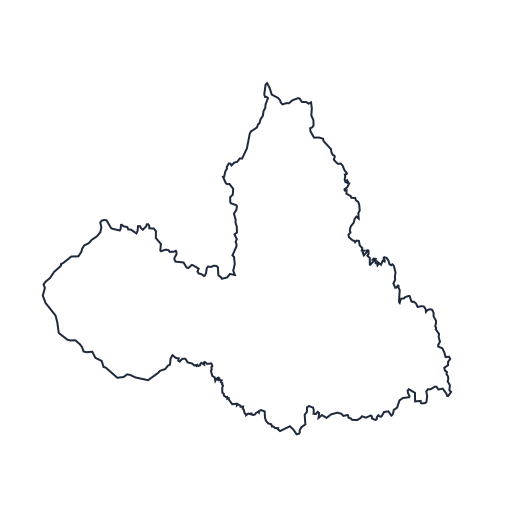 outline of 'Maoa-Mafubelu, Leribe, Lesotho, rotated 186°
{"feature_id": "5366337B41194073686106", "entity_name": "'Maoa-Mafubelu", "entity_type": "district", "adm_level": 2, "iso_a3": "LSO", "parent_name": "Lesotho", "parent_adm1": "Leribe", "projection": "equal_earth", "projection_center": [28.202, -28.958], "detail": "fine", "context": "isolated", "style": "outline", "palette": "slate", "viewbox_px": 512, "rotation_deg": 186, "n_neighbors": 0, "source": "geoboundaries", "source_scale": "gbopen_adm2", "svg_char_len": 6068}
<svg xmlns="http://www.w3.org/2000/svg" viewBox="0 0 512 512"><g transform="rotate(186 256 256)"><path d="M464.3,205.4L462.6,202.2L463.9,194.3L460.4,187.3L449.1,175.8L446.7,169.3L444.1,158.8L434.7,153.0L431.8,152.6L426.9,153.3L421.9,149.8L419.5,147.2L417.5,143.0L414.5,142.6L408.8,143.7L405.1,137.9L398.5,135.5L396.0,129.7L393.9,129.4L381.2,120.4L375.0,121.8L371.8,124.8L368.8,124.6L363.2,122.6L350.4,121.2L340.9,129.7L339.6,131.7L334.4,134.1L332.3,137.6L330.2,139.0L330.2,145.1L328.7,148.6L325.0,146.2L322.2,146.1L322.4,143.8L320.9,143.0L318.7,145.9L316.3,146.5L315.0,145.9L312.8,143.0L308.3,142.4L305.9,140.7L304.6,141.2L303.7,140.4L302.9,141.6L301.9,140.6L300.2,141.4L299.9,143.4L299.2,144.0L296.2,142.5L296.7,144.7L295.9,145.3L293.3,143.6L289.2,144.5L287.9,142.0L288.8,140.7L288.2,138.8L288.8,137.1L286.9,132.2L284.4,130.9L283.4,127.6L282.5,129.8L281.1,129.0L281.1,130.9L280.5,131.2L279.6,130.3L279.3,128.7L277.2,128.7L277.7,126.8L276.2,126.0L276.4,124.8L275.3,123.7L275.8,121.4L275.2,116.6L273.6,115.5L273.3,113.8L271.0,112.5L270.0,112.8L269.7,111.0L268.3,111.7L267.7,110.0L264.1,106.1L259.8,107.1L259.5,105.4L258.5,106.7L255.9,105.5L255.6,104.4L253.1,104.9L253.2,102.7L252.2,102.1L250.7,98.1L249.4,97.7L249.2,96.6L247.2,98.5L244.5,98.1L244.2,99.7L243.7,98.0L242.5,97.5L240.5,98.3L239.7,99.8L237.3,101.4L236.8,100.8L236.7,102.2L234.8,103.3L231.1,102.3L230.2,96.3L228.9,93.2L226.4,90.8L223.2,90.2L222.2,88.0L221.0,88.3L219.2,87.0L216.0,87.1L216.1,86.0L213.8,84.4L204.5,90.2L200.6,87.2L197.0,82.9L194.6,83.8L194.0,85.0L194.4,87.0L193.1,90.4L189.3,93.7L191.0,103.2L189.1,106.2L189.4,110.9L187.6,112.3L183.4,111.2L182.4,108.7L182.3,105.1L179.9,105.1L178.5,107.4L176.8,106.5L176.9,101.5L173.8,104.7L168.9,102.4L164.7,106.4L158.6,108.7L154.5,108.0L152.4,106.1L148.4,107.4L147.7,107.1L147.1,104.9L144.6,104.3L143.4,103.1L138.2,103.4L135.5,105.4L133.8,107.7L129.7,106.7L125.2,109.4L124.1,108.7L123.7,106.6L120.1,105.4L118.9,106.2L118.9,108.5L117.7,110.4L115.9,109.2L114.5,109.4L112.3,114.3L108.1,115.3L104.7,111.4L104.0,112.0L103.2,113.7L102.9,117.3L99.8,120.0L98.2,127.4L95.1,130.1L88.9,131.6L88.7,132.8L90.5,135.5L91.1,138.0L90.1,139.5L83.6,136.5L82.6,128.0L77.1,129.1L76.6,127.1L75.7,126.7L72.3,127.5L71.3,128.6L71.1,134.6L72.5,139.0L71.2,141.4L68.5,141.7L64.3,144.9L62.9,144.8L60.6,142.3L56.5,143.6L52.5,139.3L51.2,136.8L50.3,136.8L47.7,141.2L49.6,142.6L49.7,147.8L52.3,151.4L51.9,153.4L52.4,156.2L54.2,158.4L54.0,160.6L56.1,161.8L57.1,164.5L53.6,167.5L53.9,170.9L52.1,173.9L53.5,176.0L56.9,175.3L58.6,179.8L61.1,183.7L65.3,185.0L65.5,186.5L64.1,189.9L65.9,194.6L65.8,197.6L69.6,201.9L69.3,203.2L70.4,205.0L69.9,208.8L70.3,210.5L73.1,214.6L73.4,217.9L75.0,220.7L76.7,221.3L78.4,220.9L80.3,219.7L81.1,218.3L81.9,221.2L83.7,223.3L86.4,223.4L89.9,222.2L91.9,225.5L94.3,227.1L95.8,226.6L96.9,227.4L99.0,232.2L99.8,232.3L103.4,230.7L104.2,229.4L107.5,228.6L108.2,224.3L108.8,224.9L109.1,227.0L109.5,237.1L111.0,239.5L111.1,241.1L111.7,241.5L113.3,239.1L114.2,238.9L116.5,243.1L115.1,246.9L115.8,250.0L115.5,254.1L117.7,260.2L118.7,261.4L119.6,262.0L120.7,260.9L122.4,261.8L123.6,265.0L126.0,267.8L128.3,268.2L128.9,267.4L127.5,265.0L127.5,263.9L129.5,264.6L130.8,260.4L134.3,262.7L133.6,260.4L134.2,259.4L134.8,261.3L136.2,261.4L136.9,263.9L136.6,265.6L138.6,265.8L139.5,264.6L138.4,264.6L138.2,263.7L141.4,259.2L141.9,259.3L142.6,265.9L145.3,267.9L144.3,269.8L144.7,273.1L145.5,273.5L146.7,272.8L146.4,271.3L148.8,267.9L150.2,270.5L149.2,272.6L151.4,272.5L151.1,275.0L153.9,277.3L155.3,281.8L157.6,281.8L158.9,280.0L159.9,281.4L161.7,281.7L165.5,284.4L166.3,286.6L164.5,289.5L165.3,290.8L165.2,293.7L164.7,295.6L162.4,299.2L161.7,303.5L160.2,305.7L157.8,304.0L158.7,309.3L157.6,312.2L158.9,318.5L160.2,320.6L162.5,321.9L163.4,324.1L167.2,323.8L168.2,325.6L172.6,327.4L172.8,330.8L174.5,330.4L175.0,331.6L172.5,333.8L170.9,338.0L173.4,338.5L172.4,339.5L173.3,340.9L175.1,339.6L175.8,341.2L175.6,344.8L176.2,346.3L174.4,347.0L174.3,347.9L176.8,350.3L179.4,355.0L181.4,356.8L183.7,356.2L185.0,356.7L188.7,359.9L188.0,362.9L188.6,364.1L190.2,364.5L192.0,367.4L192.5,370.0L200.9,377.4L201.5,379.6L205.8,380.4L210.7,379.8L214.9,385.8L215.5,388.7L213.6,389.8L212.4,391.7L213.1,397.1L215.7,401.6L215.9,408.5L217.3,414.5L219.6,413.0L222.1,414.3L226.5,414.0L229.0,417.1L230.6,417.4L236.0,414.7L239.3,411.3L241.4,411.3L245.5,409.6L247.5,411.3L248.3,413.3L250.4,415.4L257.3,418.2L259.8,424.2L263.1,429.1L264.4,427.4L264.7,417.7L263.6,415.1L262.3,415.4L260.6,414.3L262.3,407.8L262.3,404.1L263.6,401.1L263.9,395.9L265.7,392.7L266.5,388.3L267.7,387.2L268.5,383.9L274.2,379.2L275.0,377.0L276.3,362.0L280.0,351.5L282.4,351.2L284.5,347.7L287.4,346.6L289.8,343.5L291.1,345.2L292.7,345.2L294.4,341.4L294.0,339.7L295.2,337.5L296.0,331.5L297.1,331.3L293.6,325.2L292.2,324.5L289.9,324.8L285.7,320.4L285.5,314.6L287.8,311.8L287.3,307.2L286.5,305.8L280.9,304.5L280.2,303.6L280.3,299.8L282.4,295.9L280.1,290.2L279.9,287.2L278.2,283.2L277.4,277.4L279.7,275.2L276.9,270.9L277.7,267.8L276.7,265.9L276.4,263.7L279.5,254.1L277.8,252.9L276.3,245.9L277.1,239.0L275.0,234.9L280.1,235.4L282.5,231.6L287.6,229.8L288.8,231.4L291.4,232.8L292.7,240.8L294.5,242.0L297.1,241.9L299.6,240.4L302.6,240.5L303.7,238.6L303.9,233.7L305.0,230.9L305.7,230.7L308.5,232.3L311.1,232.6L312.6,234.4L311.7,237.4L317.7,240.2L318.9,240.4L322.0,237.0L323.8,237.2L327.4,242.0L335.5,242.0L336.9,244.4L336.8,245.9L335.2,249.5L335.8,252.4L336.3,252.8L338.3,251.6L342.3,251.1L343.6,252.7L346.5,252.9L351.0,250.8L351.8,251.6L351.8,258.0L357.5,263.4L358.1,270.1L360.4,272.6L365.0,272.4L365.4,274.9L366.6,276.3L367.9,276.1L368.4,273.9L371.3,270.3L373.6,272.0L374.3,273.5L376.5,273.3L376.4,268.6L377.3,266.0L383.0,269.1L385.8,269.1L387.0,271.3L390.9,271.7L392.8,273.1L393.5,272.8L393.5,268.7L394.2,267.1L401.8,268.1L403.2,268.8L408.3,275.8L410.6,276.0L413.3,274.9L414.4,273.0L412.8,268.3L413.3,263.4L416.2,259.0L421.1,254.9L423.6,251.3L428.0,248.5L429.7,245.0L430.1,242.0L432.6,237.1L439.6,236.2L447.0,228.9L449.0,227.7L449.0,225.8L455.2,219.0L458.5,212.6L462.6,208.5L464.3,205.4Z" fill="none" stroke="#1e293b" stroke-width="2"/></g></svg>